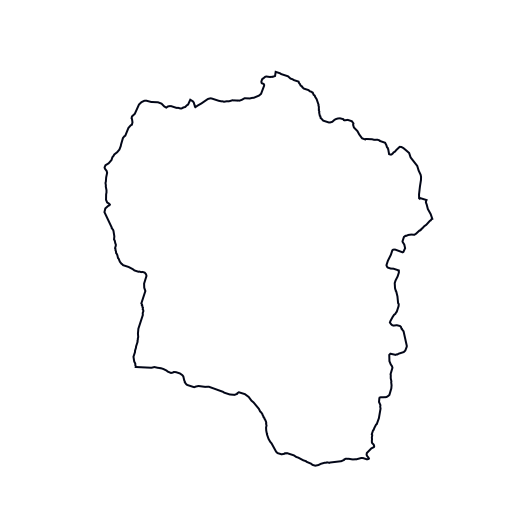 Atenas, Alajuela, Costa Rica, rotated 288°
{"feature_id": "36466004B19113363200971", "entity_name": "Atenas", "entity_type": "district", "adm_level": 2, "iso_a3": "CRI", "parent_name": "Costa Rica", "parent_adm1": "Alajuela", "projection": "mercator", "projection_center": [-84.397, 9.98], "detail": "fine", "context": "isolated", "style": "outline", "palette": "ink", "viewbox_px": 512, "rotation_deg": 288, "n_neighbors": 0, "source": "geoboundaries", "source_scale": "gbopen_adm2", "svg_char_len": 6076}
<svg xmlns="http://www.w3.org/2000/svg" viewBox="0 0 512 512"><g transform="rotate(288 256 256)"><path d="M361.9,400.9L361.8,394.0L361.1,393.9L361.3,393.3L365.0,392.0L373.0,390.4L379.3,389.4L382.3,388.5L384.1,387.5L387.5,384.3L391.5,381.5L397.5,372.6L401.3,369.8L403.0,365.8L404.2,362.8L404.6,360.6L404.2,358.9L400.2,356.7L398.2,355.9L397.0,354.8L395.8,354.4L394.4,353.5L394.0,352.6L394.0,351.1L398.5,348.7L398.8,348.2L399.4,348.0L400.0,346.9L401.6,345.8L403.6,343.8L403.7,338.1L404.1,337.7L404.1,335.6L403.0,332.4L402.9,330.3L401.4,324.8L401.2,324.2L400.6,323.9L400.7,320.5L403.6,316.5L406.1,313.9L408.5,309.4L410.8,307.8L412.2,307.7L413.8,305.5L413.8,301.2L412.4,298.3L412.4,297.5L413.1,296.8L412.9,293.3L412.1,291.4L411.0,289.8L409.8,288.6L407.2,287.1L405.9,285.2L405.5,283.9L405.5,278.1L407.0,275.5L407.1,274.9L408.8,274.0L409.0,273.4L412.0,271.7L412.7,271.7L414.2,270.6L414.9,270.6L415.3,270.3L417.3,269.7L418.4,268.9L419.1,268.8L423.9,265.2L425.8,262.9L426.7,262.3L427.1,261.0L428.9,259.5L428.9,258.8L429.3,258.2L429.3,256.1L430.0,254.8L430.0,249.8L430.8,247.9L431.4,247.6L431.9,245.7L433.0,244.8L433.7,243.6L435.0,242.6L435.0,237.5L435.4,236.2L435.4,234.0L436.8,230.9L436.8,223.7L437.2,222.3L437.2,217.8L433.1,218.5L432.0,217.1L431.9,216.7L431.5,216.5L431.0,214.8L430.6,214.3L429.9,210.3L429.2,209.3L426.9,207.9L426.7,207.5L425.9,207.2L423.6,207.2L422.5,207.7L422.1,208.2L422.0,210.1L421.2,210.9L420.4,211.1L411.8,210.7L409.5,209.3L405.8,205.0L405.2,203.5L403.9,201.4L402.5,196.4L400.1,194.2L398.6,192.2L398.3,190.6L398.0,190.3L397.8,189.0L397.0,186.5L396.9,185.6L395.1,183.0L394.5,181.8L394.2,180.5L392.8,177.9L392.8,176.6L392.4,175.3L392.1,172.6L392.1,165.3L391.9,164.0L390.6,161.9L389.8,161.2L384.3,157.0L381.0,154.0L378.8,152.3L379.2,151.7L380.4,151.2L380.6,150.8L382.7,149.4L383.6,148.1L384.3,145.2L379.0,144.6L378.0,143.7L375.8,142.6L374.7,140.8L374.2,140.6L373.2,139.4L372.9,138.3L372.9,136.5L372.3,134.6L372.3,129.0L371.7,127.2L370.9,125.9L369.4,124.8L369.9,122.5L371.7,119.1L371.9,115.3L370.1,108.7L369.8,103.5L369.1,101.8L366.9,99.5L363.9,97.9L353.8,96.8L350.4,94.9L348.5,95.1L348.0,95.7L345.0,97.2L342.5,97.4L341.6,96.5L338.4,95.1L330.0,94.5L329.2,93.8L327.1,93.0L320.4,93.2L318.7,93.4L315.0,93.2L311.8,91.9L308.7,89.8L307.3,89.6L305.6,88.9L302.6,88.9L298.6,87.2L295.8,84.8L293.5,84.6L292.4,85.3L290.7,87.7L289.1,88.7L284.5,89.2L280.4,90.2L278.9,90.3L277.0,91.3L275.6,91.7L272.3,93.5L270.1,94.2L268.4,94.4L263.1,96.0L260.9,97.9L260.4,100.0L259.8,101.1L259.0,101.0L258.1,100.0L254.7,98.0L250.9,98.3L238.5,110.0L238.0,110.1L236.7,112.0L235.8,112.7L230.9,115.2L227.8,115.9L227.1,116.8L224.4,118.4L223.7,119.1L222.4,119.5L220.2,119.5L219.6,119.7L219.3,120.2L218.0,120.6L217.3,121.3L215.5,122.1L215.2,122.7L213.9,123.9L211.4,125.4L211.1,126.1L208.5,128.3L207.0,130.5L206.9,131.2L206.2,132.4L206.2,138.2L205.4,142.9L204.7,144.8L204.7,149.1L205.1,149.7L205.2,151.8L205.8,153.1L205.8,155.3L204.7,157.0L203.6,157.8L203.1,158.0L195.2,158.1L191.3,159.5L188.5,161.6L175.5,161.6L174.5,162.7L173.8,162.7L173.5,163.3L172.3,163.8L172.0,164.4L170.2,164.8L169.9,165.3L168.9,165.9L166.7,165.9L164.9,166.6L150.5,166.6L145.7,167.7L142.6,169.0L140.5,169.2L139.9,169.5L138.5,169.5L137.9,169.9L132.9,169.9L131.6,170.2L128.7,170.2L127.3,170.6L122.3,170.6L118.0,172.8L116.4,174.4L114.6,175.1L113.7,176.0L113.3,176.0L117.4,191.1L119.0,193.7L119.3,197.1L119.6,198.4L119.7,199.8L119.9,200.0L119.9,202.8L119.4,206.3L118.8,207.7L118.5,211.3L119.4,212.9L120.3,213.7L120.8,215.8L120.8,219.9L119.9,222.8L119.0,224.1L115.5,226.2L114.3,227.3L113.9,227.3L112.5,229.3L112.1,230.4L112.1,237.3L112.3,238.1L113.1,238.9L114.6,241.5L115.8,248.0L117.1,251.5L116.6,266.7L116.2,268.0L116.2,273.8L117.3,278.5L119.1,280.7L119.8,280.7L121.1,281.8L121.2,288.1L119.7,292.6L117.0,296.4L116.0,298.9L111.5,306.0L109.4,308.0L108.9,309.2L107.6,310.9L106.5,311.7L105.6,312.8L105.0,313.0L104.3,314.2L103.7,314.5L102.8,315.6L101.5,316.7L100.3,317.4L99.6,317.4L98.0,318.4L95.9,318.6L93.3,319.6L90.9,320.9L90.5,321.4L89.8,321.5L86.0,324.4L83.7,326.9L82.6,328.7L76.1,335.6L75.2,337.4L75.3,341.6L76.6,344.0L77.2,344.3L77.3,345.0L77.7,345.3L77.7,346.0L78.1,346.4L78.1,353.6L77.3,356.4L77.3,358.5L76.3,364.1L76.3,367.0L75.9,367.6L75.5,372.5L74.8,374.3L74.9,377.2L76.5,380.0L78.4,381.9L80.6,385.2L81.0,386.5L81.7,387.3L82.0,389.8L82.4,390.1L87.2,400.5L88.4,401.8L89.3,402.8L89.8,402.8L90.9,404.0L91.8,406.9L92.3,410.3L92.8,412.0L93.4,413.2L93.5,414.0L96.4,418.5L96.9,420.2L96.9,424.4L97.8,425.8L98.2,426.0L98.9,425.4L100.2,423.4L101.1,422.6L102.9,422.3L108.6,425.1L110.7,427.2L111.6,427.2L113.0,426.2L113.9,424.4L114.4,423.9L116.0,423.3L117.8,422.9L119.0,422.3L121.6,421.9L122.2,421.2L126.3,421.2L126.9,421.6L129.2,421.7L132.8,422.3L133.4,422.8L139.7,423.0L149.4,421.6L151.0,420.7L152.6,420.4L155.2,418.1L158.7,417.3L159.5,417.3L160.1,418.1L161.7,422.7L162.3,423.8L163.9,425.1L165.1,425.8L171.9,425.6L174.9,424.9L177.7,423.6L178.6,423.5L181.4,421.9L184.6,420.9L185.1,420.5L191.9,420.3L193.2,419.4L194.6,417.6L197.2,415.4L203.1,413.3L204.6,414.0L205.1,419.3L205.8,420.0L206.0,420.8L207.2,421.9L210.3,426.2L212.2,427.2L216.3,427.4L217.1,427.2L230.0,419.6L231.4,417.5L231.8,417.3L231.8,416.9L233.4,415.7L233.9,414.5L233.7,411.3L232.3,408.3L232.3,406.9L232.8,405.7L234.1,403.9L235.5,403.9L240.3,404.8L242.8,405.5L244.0,406.4L245.7,406.7L246.4,407.1L252.4,407.1L254.1,406.7L254.7,406.3L255.1,405.7L261.3,403.0L265.5,400.4L265.9,399.8L266.4,399.7L266.9,399.1L268.5,398.1L273.1,396.3L275.9,396.3L280.3,397.0L284.4,397.0L285.9,396.5L286.0,396.1L286.4,396.1L286.4,390.5L285.7,388.2L285.7,385.0L286.3,383.9L287.6,382.9L292.2,382.9L298.9,383.9L303.5,383.9L304.2,384.3L304.8,385.3L305.1,386.5L304.8,394.3L305.4,394.9L309.5,395.4L312.7,393.5L314.5,391.3L315.2,390.8L319.8,390.8L321.4,391.9L321.4,392.4L323.1,394.4L324.4,397.1L325.1,400.0L326.6,401.3L330.6,403.5L330.7,403.9L331.3,404.4L331.8,404.4L332.0,404.8L333.2,405.1L333.4,405.5L336.3,406.8L338.3,408.3L343.2,410.5L343.9,411.2L345.2,411.5L345.8,412.2L349.8,409.2L353.8,404.9L357.6,402.5L359.5,401.0L360.3,400.8L361.9,400.9Z" fill="none" stroke="#020617" stroke-width="2"/></g></svg>